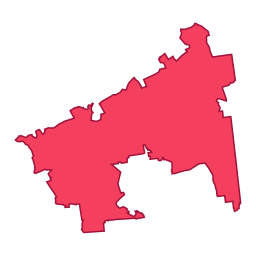 outline of Laucienes pag., Talsi, Latvia
{"feature_id": "27541924B31657223934984", "entity_name": "Laucienes pag.", "entity_type": "district", "adm_level": 2, "iso_a3": "LVA", "parent_name": "Latvia", "parent_adm1": "Talsi", "projection": "albers", "projection_center": [22.805, 57.249], "detail": "fine", "context": "isolated", "style": "filled", "palette": "rose", "viewbox_px": 256, "rotation_deg": 0, "n_neighbors": 0, "source": "geoboundaries", "source_scale": "gbopen_adm2", "svg_char_len": 5621}
<svg xmlns="http://www.w3.org/2000/svg" viewBox="0 0 256 256"><path d="M15.4,139.9L16.0,140.5L17.4,141.5L18.2,141.6L20.0,141.7L21.3,141.4L22.3,141.4L23.0,141.5L23.8,142.0L24.4,142.5L25.0,143.7L25.5,144.2L26.0,144.5L27.5,145.1L28.2,145.6L29.0,147.3L31.1,149.7L32.0,151.5L32.7,154.2L33.6,155.5L32.1,157.9L32.7,158.7L34.6,165.3L34.7,166.6L34.9,167.4L34.9,169.4L34.3,171.3L34.0,172.6L35.4,173.4L42.9,170.4L44.5,169.3L46.6,170.0L49.2,169.8L51.5,170.0L50.6,170.8L48.2,173.8L48.5,174.3L48.9,175.2L49.7,176.6L50.0,177.0L51.3,177.6L50.7,178.1L50.3,178.4L50.2,178.9L51.0,180.4L48.0,181.5L46.8,181.8L50.0,187.1L53.5,192.0L56.5,196.9L55.3,197.8L55.4,198.9L55.7,200.5L55.6,202.4L55.5,202.8L56.2,203.9L62.4,204.6L62.9,204.4L63.7,205.2L65.2,205.5L65.5,206.4L64.9,207.1L65.1,207.5L67.2,207.1L69.2,207.1L68.9,204.5L71.0,203.8L74.2,204.3L76.0,204.8L76.9,203.8L79.5,204.3L80.3,209.8L82.0,220.5L83.3,220.3L82.1,223.6L82.2,228.3L81.5,229.4L83.6,232.5L104.2,231.1L103.5,223.0L103.8,222.8L104.0,222.9L105.2,222.5L105.2,222.1L104.8,221.1L105.5,220.5L107.2,220.3L108.0,220.9L108.5,220.1L110.1,220.2L112.7,220.0L116.8,219.3L122.6,219.1L134.8,218.2L135.5,218.2L136.0,219.0L137.3,218.5L138.2,218.3L144.2,217.4L143.8,215.4L143.1,215.1L142.7,213.8L141.9,213.8L141.7,213.6L141.7,213.1L141.2,213.0L140.7,213.1L140.4,213.1L140.1,213.1L139.8,212.9L139.8,212.7L139.3,212.5L139.3,212.4L139.2,212.2L138.8,212.3L138.7,212.1L138.2,212.0L138.2,211.9L138.2,211.6L137.8,211.7L137.4,211.3L137.5,211.3L137.4,211.2L137.2,211.5L136.9,211.2L136.8,211.4L136.6,211.3L136.5,210.9L136.3,211.0L136.3,211.3L136.1,211.1L135.8,211.2L135.2,211.2L135.8,211.9L136.0,214.4L134.5,216.1L132.9,216.2L127.7,213.3L127.8,213.3L127.8,213.2L128.0,212.9L128.4,212.8L128.8,212.5L128.8,212.4L129.0,212.2L129.0,211.8L126.5,209.5L127.0,208.8L125.9,208.0L123.8,207.1L123.4,206.7L119.9,208.2L118.9,207.6L116.5,205.1L116.1,203.9L116.4,202.1L119.9,198.6L124.5,194.5L124.1,193.9L124.1,193.6L123.9,193.2L123.3,192.4L120.7,192.8L117.8,183.5L118.1,182.8L120.5,172.5L120.7,172.2L111.6,164.4L118.3,163.6L118.4,162.2L119.2,162.1L120.2,162.1L121.2,162.5L121.4,163.2L127.1,162.4L127.2,158.2L128.9,157.6L128.7,155.9L142.6,153.8L144.0,153.4L144.6,152.9L144.4,151.5L143.8,148.9L143.8,148.4L143.2,145.3L144.6,144.6L146.7,148.5L147.5,148.4L147.8,150.2L149.7,149.9L150.3,150.9L150.9,151.2L151.4,151.7L151.7,152.3L148.1,152.8L148.7,156.4L150.1,156.4L150.4,156.9L149.9,159.1L150.0,159.3L157.5,158.3L158.4,160.3L159.4,160.6L161.0,160.5L162.8,158.4L162.7,157.6L163.2,157.6L163.7,159.7L165.9,159.7L168.9,161.0L169.5,161.1L170.7,161.6L172.1,163.1L172.0,164.0L172.1,166.3L172.0,169.2L171.5,169.9L171.6,171.3L172.0,171.7L172.0,173.8L175.8,173.3L177.6,172.6L184.2,170.7L189.8,169.7L197.9,164.5L200.0,163.7L204.3,163.2L205.5,163.3L205.8,164.1L206.0,164.5L207.0,165.7L209.4,169.1L211.0,172.2L211.8,173.1L212.9,175.4L213.1,176.6L213.1,177.2L213.0,178.6L213.0,180.2L213.1,180.8L213.9,182.7L214.4,183.7L215.1,185.4L215.7,188.2L216.4,190.0L216.7,191.9L216.7,193.8L217.4,196.4L224.7,195.7L225.5,202.2L232.8,201.4L233.5,208.0L233.9,208.1L234.5,211.3L237.3,210.0L237.5,209.3L239.1,208.4L239.0,206.8L239.2,206.0L238.7,205.0L239.3,204.3L239.9,204.1L239.9,202.8L240.6,202.9L239.3,190.9L239.1,189.6L236.0,161.6L230.8,116.6L223.2,117.5L222.8,113.0L222.7,112.9L222.5,111.0L219.1,111.4L220.1,107.6L218.0,103.6L218.5,102.6L217.7,102.1L216.4,101.5L216.9,99.4L219.4,98.7L226.2,101.0L226.4,99.5L223.5,91.2L223.3,90.9L223.4,90.7L222.7,89.1L222.4,87.4L222.7,87.1L223.4,86.7L223.8,86.7L228.9,85.2L230.3,83.3L233.3,82.5L234.4,81.1L235.3,80.3L233.4,66.6L232.7,62.4L232.3,60.1L232.5,60.0L231.6,54.4L212.5,57.0L210.1,51.3L209.4,47.4L206.7,42.9L206.5,38.3L206.7,35.9L209.2,35.4L208.8,34.3L208.4,32.1L208.2,31.7L208.0,31.3L207.1,30.6L201.6,26.2L197.5,24.5L196.1,23.6L195.7,23.5L194.8,23.5L194.6,24.3L194.1,25.1L191.8,26.9L190.9,27.5L185.9,29.0L184.6,29.3L180.7,29.2L180.7,30.8L181.4,32.0L181.5,32.5L181.5,33.1L181.0,35.5L179.9,37.9L185.2,44.0L186.2,44.6L186.9,44.3L188.3,44.7L189.2,45.4L189.7,46.4L189.6,47.0L188.6,48.4L187.6,48.7L185.6,49.5L185.9,50.3L187.4,51.6L187.1,51.9L186.4,52.1L181.1,56.2L178.5,59.0L176.3,61.0L174.8,59.3L174.1,59.0L174.0,58.8L173.9,58.2L172.9,56.3L168.4,59.5L164.8,53.5L162.6,55.4L159.7,57.3L160.2,57.8L158.6,59.2L160.5,62.6L163.2,62.8L163.9,63.5L165.2,66.0L165.5,67.1L165.4,67.1L165.8,67.9L159.8,69.3L158.9,71.6L159.1,71.7L155.9,73.8L150.7,76.3L143.7,79.5L145.8,84.8L146.6,86.3L141.8,88.1L141.3,86.9L140.9,85.8L139.6,83.8L138.9,82.5L137.7,81.1L135.2,79.4L134.7,78.5L134.5,77.5L134.4,77.0L134.3,77.4L131.1,80.4L130.3,81.6L129.3,82.3L128.1,84.5L127.6,86.0L127.1,86.7L126.7,88.7L126.3,89.9L122.3,89.3L121.7,90.4L119.8,92.6L115.8,94.7L113.2,94.8L111.4,96.0L102.1,101.3L100.0,103.0L99.3,103.8L99.5,103.9L104.9,113.1L100.7,114.4L101.2,116.7L100.7,117.8L100.7,119.3L100.8,119.6L96.5,121.4L91.1,120.4L91.6,114.7L92.2,113.5L93.0,112.4L91.8,111.5L91.7,110.9L91.5,110.2L91.1,108.1L91.3,106.9L91.6,107.1L93.1,103.6L92.6,103.3L91.8,103.9L91.1,104.9L90.7,105.6L88.8,105.0L88.6,105.2L88.1,105.8L87.8,106.8L88.4,108.3L87.3,109.5L85.2,109.0L84.5,109.0L83.3,107.8L83.2,107.5L82.4,107.8L79.1,106.7L78.7,106.9L77.8,106.7L77.5,107.6L75.3,107.5L70.2,110.6L70.4,111.1L71.3,112.9L73.4,116.7L74.3,117.9L74.0,118.2L63.8,121.5L62.4,122.6L59.5,123.9L59.3,123.8L56.0,126.5L53.5,128.0L48.2,127.9L47.7,128.0L45.9,129.0L44.9,129.0L44.6,132.9L43.9,133.1L43.0,134.0L42.5,134.1L39.5,129.6L37.9,130.0L36.4,131.0L35.7,131.6L37.0,135.6L36.0,137.9L34.4,137.4L32.4,136.2L31.9,134.7L30.6,134.8L28.5,135.4L27.0,136.7L26.5,137.5L26.0,137.5L23.4,136.7L22.0,135.9L20.0,135.9L18.9,136.2L19.0,136.4L15.4,139.9Z" fill="#f43f5e" stroke="#9f1239" stroke-width="1.5"/></svg>